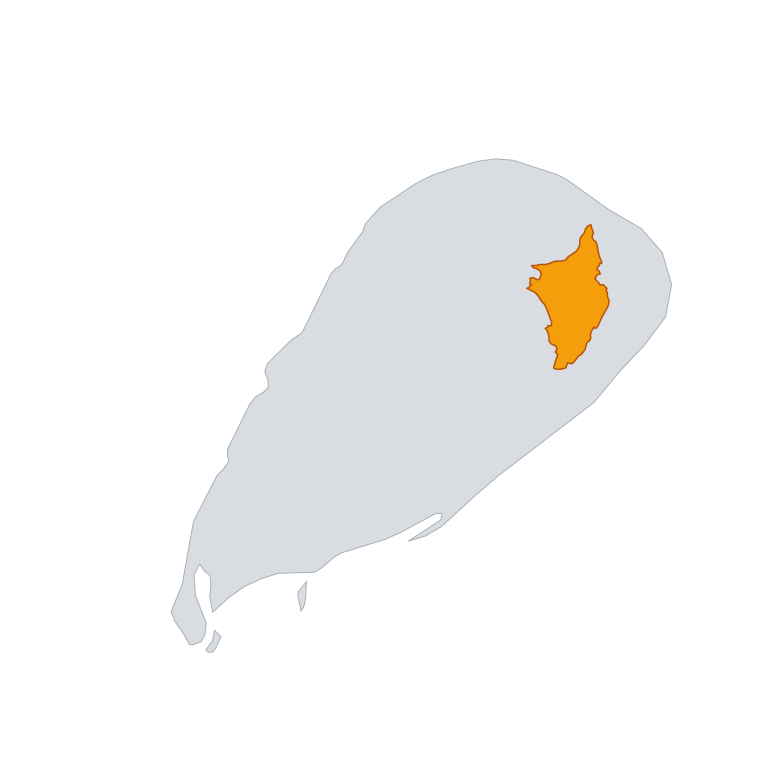 Sri Lanka, with Ratnapura highlighted, rotated 237°
{"feature_id": "LKA-2463", "entity_name": "Ratnapura", "entity_type": "District", "adm_level": 1, "iso_a3": "LKA", "parent_name": "Sri Lanka", "parent_adm1": "", "projection": "robinson", "projection_center": [80.592, 6.578], "detail": "fine", "context": "in_parent", "style": "filled", "palette": "amber", "viewbox_px": 768, "rotation_deg": 237, "n_neighbors": 0, "source": "natural_earth", "source_scale": "10m", "svg_char_len": 2718}
<svg xmlns="http://www.w3.org/2000/svg" viewBox="0 0 768 768"><g transform="rotate(237 384 384)"><path d="M271.4,79.0L284.8,79.8L299.0,79.4L309.0,81.6L326.1,105.9L372.6,149.5L398.0,193.8L400.3,203.5L403.8,211.8L409.9,214.1L415.0,218.0L440.3,260.7L443.2,269.2L442.8,278.5L444.3,285.4L450.9,288.9L459.2,290.7L464.6,297.1L471.5,331.2L471.5,341.9L473.4,346.4L505.3,399.6L507.2,406.0L506.8,410.9L507.8,415.0L513.9,424.4L523.6,449.7L528.5,455.5L534.4,477.6L534.8,519.9L532.7,538.7L526.7,561.6L519.7,584.0L512.0,600.2L501.6,613.9L465.7,643.0L455.5,648.8L408.8,667.0L374.5,684.3L342.7,689.0L310.9,679.4L287.0,656.8L274.7,623.5L266.3,588.7L254.2,550.1L244.9,430.7L240.4,397.3L233.2,354.8L233.9,336.4L239.0,318.8L239.0,357.5L243.7,362.3L247.2,357.3L250.5,317.2L253.1,300.2L265.7,256.0L266.0,248.2L263.8,231.6L264.0,223.2L282.9,192.2L287.7,174.2L290.3,155.7L289.3,135.8L285.9,116.1L301.1,122.4L309.5,129.2L318.0,133.8L325.0,131.5L333.4,131.4L327.4,120.7L309.7,110.8L280.2,104.7L271.0,96.9L267.5,90.1L269.3,82.2L271.4,79.0ZM256.5,199.3L260.5,211.3L249.0,203.1L241.5,196.3L238.8,190.8L254.4,197.0L256.5,199.3ZM269.7,107.8L260.9,109.5L254.1,99.0L252.5,94.5L254.3,91.4L256.2,89.8L258.4,90.3L261.7,100.1L269.7,107.8Z" fill="#d9dde1" stroke="#a8b0b8" stroke-width="1"/><path d="M402.8,572.4L400.5,576.3L399.1,580.4L396.6,583.9L395.2,587.4L393.9,594.2L391.2,598.4L389.1,602.9L389.6,605.5L390.4,608.0L390.6,617.8L392.1,621.1L394.1,624.1L396.7,625.7L399.3,627.7L400.6,630.6L401.7,634.3L404.3,637.5L405.6,641.5L404.9,644.3L401.9,643.2L396.8,642.1L395.2,639.9L393.1,638.1L390.4,638.3L387.8,639.1L385.1,638.6L374.9,634.4L366.9,632.7L366.9,631.2L367.7,630.3L365.9,628.8L366.0,627.4L364.5,625.2L361.1,625.8L358.6,625.3L359.5,622.5L357.5,618.3L351.4,619.2L349.0,619.2L348.1,621.8L345.3,622.5L342.6,623.0L341.4,621.0L339.2,621.1L334.9,618.7L332.8,618.6L330.4,617.6L328.5,615.7L326.9,613.8L321.8,603.9L315.9,594.5L315.2,591.9L317.3,591.0L315.3,586.6L312.2,583.4L310.2,582.6L308.7,580.9L307.9,576.3L303.6,571.7L302.3,568.5L301.4,565.6L301.6,563.0L299.2,555.8L298.7,552.5L301.8,549.4L298.4,545.3L299.1,543.5L299.7,541.3L301.2,538.6L303.0,536.1L305.1,535.0L310.9,541.6L312.6,544.1L314.7,546.0L315.7,545.4L317.2,545.0L318.2,546.4L318.8,547.9L322.3,548.8L326.5,546.1L328.3,545.9L330.4,546.0L333.4,547.9L337.2,549.3L340.0,549.8L342.7,549.7L342.6,552.3L343.6,553.4L342.5,554.6L342.0,556.2L344.9,558.6L348.3,559.0L355.5,560.8L363.1,562.0L366.1,561.4L369.5,561.1L374.1,561.3L378.5,560.6L386.3,556.0L386.7,561.8L387.7,561.2L388.8,560.7L390.7,563.1L393.1,563.9L392.7,565.4L392.3,566.6L391.8,567.2L388.0,569.2L387.3,571.3L388.8,573.9L390.9,575.8L394.1,576.5L397.5,574.9L400.3,572.6L402.8,572.4Z" fill="#f59e0b" stroke="#b45309" stroke-width="1.5"/></g></svg>